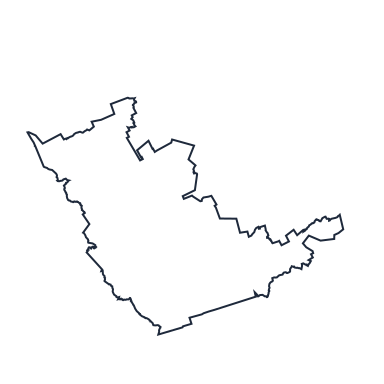 Namiquipa, Chihuahua, Mexico, rotated 243°
{"feature_id": "50627088B12522207625024", "entity_name": "Namiquipa", "entity_type": "district", "adm_level": 2, "iso_a3": "MEX", "parent_name": "Mexico", "parent_adm1": "Chihuahua", "projection": "equal_earth", "projection_center": [-107.153, 29.163], "detail": "fine", "context": "isolated", "style": "outline", "palette": "slate", "viewbox_px": 384, "rotation_deg": 243, "n_neighbors": 0, "source": "geoboundaries", "source_scale": "gbopen_adm2", "svg_char_len": 5836}
<svg xmlns="http://www.w3.org/2000/svg" viewBox="0 0 384 384"><g transform="rotate(243 192 192)"><path d="M133.9,216.3L148.1,219.4L155.7,204.8L167.2,206.2L169.4,205.9L169.7,208.1L179.8,207.5L180.4,204.4L181.9,199.7L181.0,197.5L179.6,196.6L180.0,195.2L187.4,190.9L188.8,190.4L189.6,181.6L192.5,181.9L192.3,195.4L205.5,204.6L206.2,204.7L207.3,203.6L207.6,202.2L208.7,202.3L208.8,202.9L209.3,202.8L209.5,203.2L209.9,203.1L210.5,203.5L211.7,203.5L213.3,205.6L214.1,207.2L222.6,203.7L232.4,214.9L247.8,198.1L245.4,195.9L244.9,179.8L244.6,177.0L248.3,177.0L248.3,176.4L257.4,176.5L254.1,162.0L246.2,162.3L246.2,163.1L243.7,163.1L243.7,162.8L244.2,162.6L244.2,162.3L243.7,162.0L243.7,160.1L269.8,158.5L269.8,160.9L275.0,160.8L275.1,164.3L278.7,164.2L277.9,165.0L277.6,165.8L277.7,166.7L277.3,168.0L277.0,167.9L277.0,168.3L276.5,168.5L276.1,169.7L276.2,171.4L277.8,170.9L278.5,171.1L278.8,171.4L279.9,171.0L280.3,171.3L280.3,172.1L282.0,172.2L282.6,172.2L284.7,171.1L285.6,173.1L287.6,173.1L287.7,178.1L293.4,178.0L293.4,178.3L294.4,178.8L295.4,179.0L296.2,178.7L296.5,178.9L296.7,180.1L297.4,180.9L297.2,182.9L297.9,183.2L298.5,183.0L299.5,182.0L300.9,182.4L301.6,183.4L301.8,182.4L302.4,181.7L303.8,178.5L304.6,178.2L305.2,177.4L307.2,159.6L296.8,158.2L297.6,143.8L300.2,134.5L294.8,134.2L293.5,128.5L295.3,126.9L295.0,126.3L294.9,123.9L294.4,121.8L294.7,121.2L296.5,119.6L296.8,118.1L296.8,117.2L297.0,117.0L297.3,115.4L297.1,113.3L296.6,112.4L296.2,111.3L296.2,109.8L296.4,109.3L296.5,107.5L296.2,105.8L296.7,105.4L296.1,104.2L296.8,103.8L297.0,103.2L297.0,101.7L303.2,101.2L302.9,80.9L313.4,78.4L319.5,73.6L319.8,72.5L312.4,72.9L308.0,73.4L304.9,73.2L304.4,72.9L304.2,73.2L281.8,71.4L281.1,71.9L279.2,73.8L278.3,74.1L276.9,75.1L275.1,77.4L270.0,79.3L268.4,79.3L267.6,79.0L266.8,78.1L265.6,78.5L263.3,77.8L263.3,77.1L262.7,77.3L261.9,78.5L261.5,80.4L261.1,81.2L261.1,82.0L261.6,83.1L261.2,85.6L259.3,86.2L258.2,87.5L258.2,87.1L257.2,85.3L257.4,84.0L256.6,83.6L256.5,82.6L256.3,82.5L255.9,80.8L253.8,80.7L252.9,80.2L252.8,79.7L252.0,79.2L249.5,79.4L249.0,79.2L248.4,79.5L247.5,79.1L246.6,79.4L245.0,78.5L243.2,78.0L241.1,78.0L240.2,78.6L240.0,79.2L238.5,79.8L237.3,81.3L236.9,81.5L236.8,82.0L237.1,82.7L236.8,83.2L236.2,83.6L235.8,85.2L235.2,85.2L234.8,86.0L233.6,86.4L232.8,87.3L231.9,87.1L231.6,86.7L231.0,86.8L230.9,87.1L230.3,87.0L229.8,87.5L228.1,86.3L226.7,86.2L225.9,85.7L225.2,86.2L223.6,86.5L223.2,87.0L222.0,87.0L221.6,84.5L210.0,86.0L205.2,76.5L204.4,77.1L201.8,77.3L199.9,77.0L197.0,77.8L196.7,77.6L195.7,77.6L194.7,76.7L193.9,76.6L191.3,80.1L188.6,81.7L187.5,81.3L186.5,81.6L186.4,81.3L186.2,81.6L186.3,80.8L186.1,79.4L186.5,78.9L187.1,78.8L187.8,79.5L188.4,78.6L188.2,77.2L187.5,76.4L187.9,76.2L188.4,76.6L189.5,75.2L188.9,74.0L187.5,73.6L187.9,72.6L187.4,71.9L186.6,72.1L186.0,70.7L164.0,76.7L162.7,75.3L162.4,76.7L159.4,75.4L158.1,75.4L156.9,75.9L156.1,75.6L155.7,75.2L154.9,75.5L154.2,74.9L153.4,74.7L152.6,73.7L152.3,73.6L147.9,75.9L147.6,76.3L147.3,76.2L146.5,77.4L144.9,77.4L144.2,78.1L142.6,77.5L141.3,77.5L139.2,76.1L137.8,76.0L135.9,76.0L133.5,77.3L132.8,77.0L132.2,77.4L131.6,78.5L131.5,79.2L131.0,78.7L130.7,78.8L130.5,78.5L130.4,78.0L130.0,77.5L129.9,78.1L129.4,79.1L129.3,79.7L129.0,79.6L129.0,79.9L128.8,79.8L128.2,81.1L127.6,81.0L126.9,81.5L126.8,82.1L127.0,82.6L126.0,84.1L126.0,85.1L125.1,86.7L125.1,87.1L125.8,88.5L125.6,88.8L125.3,88.8L125.1,88.4L124.6,88.8L123.7,88.7L122.6,88.0L122.0,88.5L121.6,88.2L119.3,88.5L118.1,88.4L117.6,88.7L113.9,88.4L110.9,88.7L108.1,89.8L107.6,89.6L106.9,90.3L106.3,90.0L103.9,91.1L102.1,92.7L101.6,92.7L101.2,93.2L100.8,93.3L100.8,93.6L99.8,94.6L98.1,95.7L97.0,96.1L96.7,95.9L96.0,96.4L95.5,96.2L95.3,96.6L93.1,97.4L90.9,97.1L89.8,98.7L88.9,101.1L88.2,101.8L87.3,101.9L86.2,102.7L85.5,102.3L85.5,101.9L83.8,99.9L82.4,99.3L80.3,97.3L75.7,122.1L76.4,123.0L74.8,131.7L81.1,132.7L78.5,145.3L78.7,147.3L77.9,152.7L76.8,158.5L69.8,201.3L74.1,202.4L70.4,203.5L70.0,203.2L69.1,203.3L68.9,203.8L69.3,205.8L68.3,208.2L66.0,209.5L65.4,210.8L64.4,210.9L64.2,211.4L65.0,212.6L66.2,213.4L66.5,214.0L67.8,214.7L68.5,215.8L68.9,216.0L69.4,215.7L70.5,216.5L71.4,217.6L73.1,217.9L74.9,219.2L75.7,220.6L75.9,221.6L75.9,223.1L76.3,223.8L78.8,224.4L78.6,226.4L77.9,227.5L77.4,228.8L78.2,231.9L77.3,235.2L78.2,236.4L78.5,237.4L77.9,239.2L76.8,239.7L76.5,240.2L76.4,242.7L76.8,243.4L78.8,244.4L79.8,246.1L80.1,246.9L80.5,247.2L79.6,248.2L79.4,248.7L79.1,248.7L79.0,249.1L78.6,249.0L78.0,249.3L76.9,250.8L76.6,251.7L75.9,252.2L75.4,253.2L73.6,254.5L76.3,256.6L78.1,257.2L77.8,258.0L78.0,258.5L77.8,258.9L76.6,259.5L76.1,259.9L75.6,260.7L75.2,260.7L75.2,261.1L74.6,261.0L73.5,261.7L74.6,263.0L75.1,264.4L76.5,266.5L78.4,265.0L78.8,269.9L82.5,269.8L82.5,272.2L84.6,272.6L90.9,268.7L95.9,267.5L100.1,276.3L90.3,284.5L85.6,297.4L89.1,299.3L88.9,303.9L90.1,309.8L104.6,313.3L104.3,312.4L104.2,311.1L103.6,310.1L103.8,308.1L104.8,304.2L104.7,303.0L104.1,301.9L104.2,301.1L105.9,301.9L106.4,301.4L106.6,300.5L107.0,299.8L109.4,299.8L109.6,299.3L109.5,296.3L107.5,293.3L108.0,292.5L108.4,292.2L108.9,292.3L109.7,291.9L110.3,290.8L111.1,290.7L111.2,290.1L110.2,287.9L109.4,287.3L109.4,286.8L109.1,286.2L109.2,285.8L109.6,285.2L109.4,284.6L109.6,284.3L109.1,282.8L109.1,281.3L108.2,280.4L107.9,278.7L107.5,278.3L107.5,277.8L106.8,277.3L106.8,276.2L106.2,275.0L106.1,273.6L107.2,274.7L107.4,275.2L107.7,273.9L105.8,266.1L112.2,265.4L110.4,255.9L103.9,255.9L103.9,247.6L108.9,247.5L108.8,246.7L109.8,240.5L110.6,240.3L111.8,240.5L112.2,240.2L112.5,240.4L113.8,240.4L113.9,240.0L114.6,240.1L114.7,239.6L116.5,239.3L117.0,238.1L117.9,238.4L118.6,240.3L121.2,240.7L122.0,240.4L124.5,240.2L125.2,240.7L129.0,241.7L129.9,236.2L128.6,235.9L128.9,234.9L130.8,235.3L130.8,233.0L129.8,231.0L128.0,229.3L126.9,226.2L126.2,225.2L126.3,222.3L131.6,223.4L133.9,216.3Z" fill="none" stroke="#1e293b" stroke-width="2"/></g></svg>